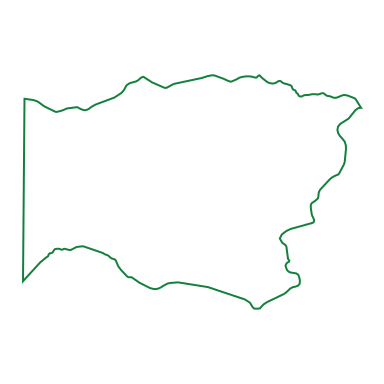 map outline of Wadi Fira (orthographic projection)
{"feature_id": "TCD-1473", "entity_name": "Wadi Fira", "entity_type": "Prefecture", "adm_level": 1, "iso_a3": "TCD", "parent_name": "Chad", "parent_adm1": "", "projection": "orthographic", "projection_center": [21.824, 14.959], "detail": "fine", "context": "isolated", "style": "outline", "palette": "green", "viewbox_px": 384, "rotation_deg": 0, "n_neighbors": 0, "source": "natural_earth", "source_scale": "10m", "svg_char_len": 3610}
<svg xmlns="http://www.w3.org/2000/svg" viewBox="0 0 384 384"><path d="M361.0,107.8L358.3,108.1L355.5,110.1L348.6,118.6L340.2,123.9L338.1,126.5L337.4,130.0L338.2,133.2L340.0,136.1L342.3,138.6L344.7,141.7L345.8,145.2L346.0,149.0L344.7,162.0L343.9,164.5L339.1,173.5L338.2,174.5L334.6,176.0L332.1,177.4L330.0,179.1L320.3,189.5L319.0,191.8L318.5,194.5L318.4,196.6L317.8,198.5L315.6,200.5L311.7,203.2L310.8,205.0L310.8,207.9L311.7,214.0L312.3,216.0L314.0,219.5L314.2,220.5L313.7,222.1L312.5,222.9L290.8,228.9L286.2,231.1L281.8,234.5L279.8,238.5L282.2,242.7L285.6,245.2L286.4,246.7L288.0,258.7L288.4,259.4L288.9,260.0L289.3,260.6L289.2,261.5L288.6,262.0L287.2,262.7L286.7,263.2L285.7,265.1L285.6,266.0L286.0,267.3L286.9,269.8L288.3,271.4L290.1,272.4L296.2,273.4L298.1,274.6L299.1,276.8L299.9,280.4L299.7,283.7L298.1,285.6L295.6,286.6L292.7,287.2L290.2,288.6L286.2,292.4L284.1,293.9L266.9,302.2L263.7,304.3L261.1,307.0L260.0,308.4L257.1,308.7L255.3,308.7L253.9,308.4L252.7,307.2L250.1,303.0L249.6,302.5L245.0,299.5L208.0,287.1L179.0,282.5L177.5,282.4L171.0,282.9L167.9,283.4L162.9,286.0L162.0,286.7L160.1,287.8L159.0,288.3L156.9,288.9L155.7,289.1L153.7,289.0L149.9,288.0L139.4,282.7L131.7,277.3L131.3,277.2L130.6,277.2L129.3,277.3L128.3,277.1L127.6,276.8L127.1,276.4L120.7,269.6L118.1,266.0L115.9,260.7L115.6,260.2L115.3,259.8L114.8,259.5L111.7,258.4L110.9,257.9L110.0,257.2L108.4,255.7L107.9,255.4L107.3,255.1L105.0,254.4L104.4,254.0L103.5,253.4L103.1,253.1L83.9,246.5L83.1,246.4L82.1,246.3L77.2,246.9L76.7,247.0L76.2,247.2L71.1,249.8L70.5,250.0L69.8,250.0L68.5,249.8L64.7,248.8L64.1,248.9L63.6,249.0L62.6,249.5L62.1,249.7L61.6,249.7L61.1,249.6L60.5,249.3L59.9,249.1L58.7,248.8L58.0,248.7L56.0,248.9L55.2,249.1L54.5,249.5L53.8,250.5L53.0,251.9L52.6,252.4L52.1,252.8L49.5,253.5L49.1,253.9L48.6,254.6L48.1,256.2L46.4,257.3L40.3,262.3L23.0,281.2L24.5,98.8L33.2,100.0L36.7,101.1L38.8,102.3L44.2,106.3L54.4,111.3L55.9,111.9L56.6,111.9L57.3,111.8L62.5,110.4L66.8,108.5L76.6,107.2L77.5,107.3L78.1,107.5L79.1,108.2L81.0,109.1L83.4,110.0L84.7,110.2L85.6,110.2L87.8,109.4L88.8,108.9L91.9,106.6L95.7,104.5L114.3,97.6L121.2,93.1L122.7,91.6L124.1,89.8L126.0,86.2L126.3,85.7L127.1,84.9L128.0,84.3L129.9,83.1L136.2,81.4L138.2,80.2L140.7,78.0L142.3,77.0L142.9,76.9L143.5,76.9L144.5,77.5L152.1,82.4L164.0,87.6L165.3,87.9L166.1,87.8L166.8,87.7L173.2,84.2L174.3,83.8L201.8,78.0L207.3,76.2L211.3,75.4L212.4,75.3L214.1,75.4L214.6,75.5L223.4,78.7L228.4,81.0L230.3,81.6L231.1,81.6L231.8,81.4L236.7,79.3L239.2,77.8L242.2,76.9L246.7,76.3L250.2,76.4L252.9,76.9L255.7,77.7L256.3,77.6L256.8,77.3L258.1,76.0L258.9,75.5L259.3,75.3L259.5,75.3L259.7,75.5L262.7,78.5L267.1,81.9L268.1,82.5L269.4,83.0L270.3,83.2L272.0,83.5L273.0,83.5L273.8,83.4L274.4,83.3L276.0,82.7L276.5,82.4L277.7,81.6L278.6,81.1L279.3,81.0L280.2,81.1L280.8,81.2L281.2,81.5L282.0,82.3L282.5,82.6L282.9,82.9L285.3,83.8L286.7,84.0L290.9,85.5L291.4,85.9L291.8,86.7L292.4,88.5L292.7,88.9L293.0,89.3L293.4,89.7L293.9,89.9L294.7,90.2L295.2,90.4L295.5,90.8L295.8,91.3L296.2,92.4L296.5,92.9L296.9,93.2L297.4,93.5L297.8,93.9L298.1,94.4L298.3,95.0L298.5,95.5L298.9,95.9L299.6,96.2L300.7,96.6L301.4,96.5L302.0,96.3L303.5,95.5L304.0,95.3L305.3,95.1L308.6,94.9L312.3,94.2L314.7,94.2L317.8,94.5L318.6,94.4L320.7,93.6L322.1,93.2L323.0,93.2L323.7,93.4L324.1,93.7L326.3,95.4L326.8,95.7L327.5,95.9L330.2,96.3L330.7,96.5L331.4,96.9L332.2,97.2L333.6,97.7L334.6,97.8L335.5,97.8L336.7,97.6L339.0,96.8L341.1,95.8L342.0,95.5L343.4,95.1L344.4,95.0L345.2,95.1L347.8,95.6L354.2,98.1L354.7,98.3L355.2,98.7L355.6,99.1L360.8,107.4L360.9,107.7L361.0,107.8Z" fill="none" stroke="#15803d" stroke-width="2"/></svg>